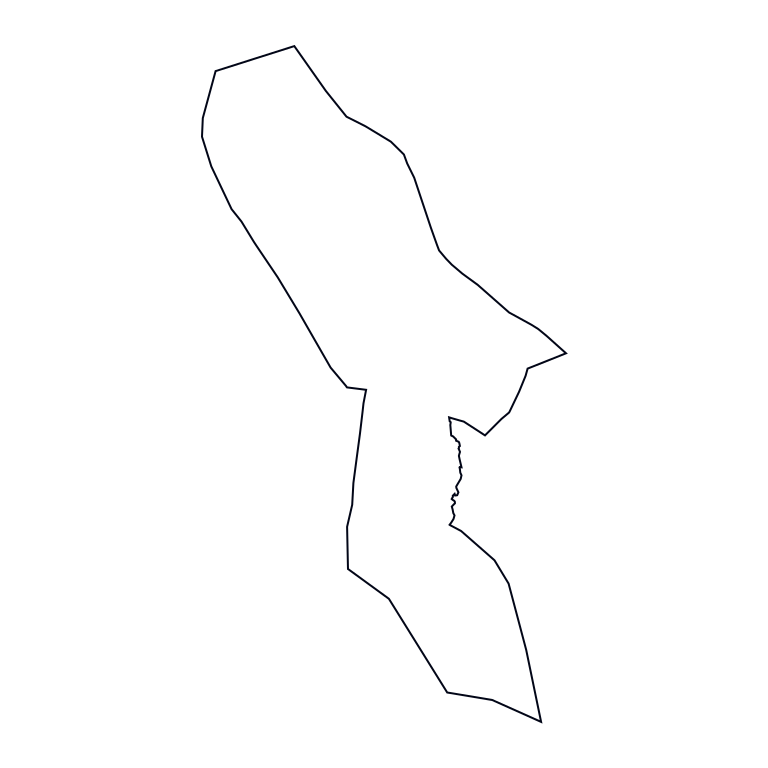 San Baltazar Chichicápam, Oaxaca, Mexico
{"feature_id": "50627088B15303573205943", "entity_name": "San Baltazar Chichicápam", "entity_type": "district", "adm_level": 2, "iso_a3": "MEX", "parent_name": "Mexico", "parent_adm1": "Oaxaca", "projection": "orthographic", "projection_center": [-96.494, 16.758], "detail": "fine", "context": "isolated", "style": "outline", "palette": "ink", "viewbox_px": 768, "rotation_deg": 0, "n_neighbors": 0, "source": "geoboundaries", "source_scale": "gbopen_adm2", "svg_char_len": 1683}
<svg xmlns="http://www.w3.org/2000/svg" viewBox="0 0 768 768"><path d="M525.6,375.8L527.6,368.6L566.0,353.3L546.7,336.0L538.2,329.0L531.5,324.8L509.1,312.5L479.1,286.1L478.0,285.1L462.3,273.6L451.8,264.7L446.1,258.8L439.1,250.5L437.1,245.2L434.6,238.2L430.7,227.2L414.2,177.7L407.2,163.5L403.9,154.5L390.9,141.7L365.5,126.3L346.5,116.7L325.9,91.0L294.3,46.1L254.0,58.9L215.6,71.1L202.8,118.1L202.0,136.7L211.3,166.4L231.6,209.2L241.5,221.6L253.9,241.9L256.2,245.4L277.7,277.3L299.5,313.4L315.5,341.3L330.6,367.6L346.2,386.2L346.3,386.5L347.0,387.4L366.1,389.8L363.5,403.3L362.6,411.4L360.0,433.4L356.9,456.5L353.4,483.0L352.2,504.8L347.1,526.8L347.9,565.2L348.0,569.0L388.9,598.8L447.2,692.5L492.2,700.0L541.1,721.9L526.2,649.9L517.0,615.2L508.6,583.6L494.5,560.3L488.7,555.2L461.1,531.0L450.0,525.1L449.6,524.8L451.3,522.5L453.5,519.0L454.5,515.4L453.3,513.1L452.6,509.4L451.8,506.5L454.2,504.0L454.9,503.4L454.9,502.1L454.8,501.6L454.2,500.8L452.6,499.8L451.7,499.0L452.9,496.8L452.8,495.7L453.7,494.8L454.6,493.9L455.1,495.5L456.2,495.4L457.2,495.2L458.4,492.3L456.4,488.0L456.3,487.3L456.2,486.6L456.6,485.8L460.7,478.9L461.5,475.3L460.3,472.7L459.9,469.3L459.9,469.1L459.5,467.4L459.8,467.0L461.5,467.3L461.1,465.6L459.7,459.7L458.9,455.9L459.3,454.2L460.0,451.9L458.7,448.8L458.6,448.7L458.9,448.3L458.9,447.6L458.9,446.9L459.9,446.0L459.3,443.0L458.7,441.8L456.1,440.7L456.1,439.4L453.1,436.4L451.3,435.6L451.1,435.0L451.1,434.4L450.4,425.9L450.3,425.0L450.5,423.9L450.7,422.2L449.7,421.3L449.1,417.4L452.5,418.4L458.4,420.1L459.4,420.4L463.8,421.6L485.0,435.4L501.5,418.9L509.1,412.5L509.7,411.4L519.1,391.7L525.6,375.8Z" fill="none" stroke="#020617" stroke-width="2"/></svg>